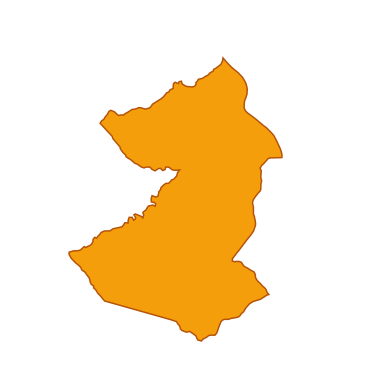 Paranaiguara, Goiás, Brazil, rotated 294°
{"feature_id": "56859067B61489046930449", "entity_name": "Paranaiguara", "entity_type": "district", "adm_level": 2, "iso_a3": "BRA", "parent_name": "Brazil", "parent_adm1": "Goiás", "projection": "mercator", "projection_center": [-50.615, -18.805], "detail": "fine", "context": "isolated", "style": "filled", "palette": "amber", "viewbox_px": 384, "rotation_deg": 294, "n_neighbors": 0, "source": "geoboundaries", "source_scale": "gbopen_adm2", "svg_char_len": 3535}
<svg xmlns="http://www.w3.org/2000/svg" viewBox="0 0 384 384"><g transform="rotate(294 192 192)"><path d="M327.1,165.8L324.3,166.6L320.4,166.5L314.8,163.5L312.9,161.9L311.2,162.2L308.3,160.1L305.0,158.9L302.5,156.8L301.0,156.0L299.7,154.9L297.5,151.9L295.8,151.9L293.6,151.1L292.0,151.9L289.7,151.4L288.1,149.6L286.1,143.7L286.7,139.1L288.9,137.2L287.5,135.4L285.5,135.4L285.4,131.9L283.4,131.0L278.9,132.6L276.1,130.2L274.0,130.2L272.3,128.5L269.3,127.8L267.0,127.1L264.4,125.7L256.1,120.2L252.9,119.7L251.4,118.8L248.8,115.8L248.0,110.3L247.2,108.8L245.1,107.0L243.0,103.7L237.9,100.3L236.3,98.9L234.5,98.3L233.5,95.7L232.1,94.0L232.6,91.5L233.7,88.8L233.6,84.6L232.0,83.4L228.0,83.0L225.5,82.2L222.6,81.9L220.5,80.6L217.4,80.1L210.3,96.6L208.6,98.0L203.8,108.0L202.5,108.8L201.2,110.9L199.9,113.0L198.9,116.1L197.3,117.7L196.5,123.1L195.0,128.3L195.2,130.3L194.8,132.7L194.2,135.5L194.5,138.4L196.2,140.1L197.6,143.5L196.4,146.2L196.3,149.6L199.7,151.8L200.8,153.4L199.7,156.6L201.6,158.3L204.0,157.8L205.2,160.2L204.8,162.9L204.2,164.8L204.9,167.7L205.8,169.3L207.2,171.8L204.2,170.9L202.4,171.2L200.1,171.4L196.3,170.1L194.6,168.4L192.8,168.0L190.4,167.1L189.4,164.8L187.4,163.5L183.6,161.9L181.4,162.3L178.9,161.6L174.5,162.6L172.7,161.1L172.4,157.0L169.3,157.4L166.4,158.9L167.1,162.0L166.3,163.8L163.9,164.0L164.2,161.6L161.5,157.9L158.9,157.4L157.0,157.3L155.0,156.1L153.1,155.5L151.3,157.3L148.3,157.6L149.1,155.7L149.0,152.5L148.9,149.2L147.6,148.2L145.6,151.0L143.9,151.1L142.5,150.2L144.5,147.7L143.3,144.9L140.2,145.2L137.7,146.2L136.7,143.2L134.0,142.8L131.8,142.3L129.5,139.2L126.4,135.0L124.7,133.7L123.2,133.0L122.2,130.9L120.8,127.8L118.0,125.4L116.3,125.1L113.5,124.1L111.1,123.7L111.1,121.6L108.6,120.9L106.2,121.7L103.7,121.5L101.5,120.5L100.4,119.3L98.1,117.5L98.3,115.7L96.2,114.8L93.7,113.7L92.3,112.1L90.9,109.8L90.4,108.2L87.1,104.2L84.9,105.2L82.3,108.6L79.9,114.6L78.6,119.4L77.7,121.1L75.9,123.2L75.2,127.0L73.5,129.6L71.6,133.2L68.5,135.5L66.7,137.5L66.2,140.3L64.4,141.1L63.6,143.6L61.0,147.5L60.1,150.0L58.4,153.4L56.9,156.5L66.7,224.3L67.3,230.7L66.1,232.1L64.3,235.5L62.2,237.1L61.4,239.3L61.7,243.9L63.7,246.7L62.2,254.1L60.5,255.8L59.2,257.4L59.7,261.2L62.1,261.9L65.0,264.2L67.8,265.8L69.2,268.0L70.5,271.2L73.4,272.0L79.8,271.4L85.5,271.2L87.3,272.0L88.8,273.3L90.5,277.1L92.4,279.1L95.5,283.7L96.9,285.4L98.7,286.2L100.8,286.5L103.4,287.8L108.2,288.4L113.5,290.1L116.9,292.5L122.0,298.3L128.3,302.4L129.6,303.9L130.9,301.3L132.6,299.8L133.8,297.9L134.3,296.3L134.9,294.3L136.1,291.9L137.1,288.9L138.5,286.3L140.1,284.5L142.4,283.4L144.2,281.2L144.4,278.0L144.7,275.9L145.1,273.7L145.1,271.5L145.5,269.5L146.5,267.7L147.9,265.7L147.7,263.4L146.9,261.2L145.6,259.3L145.4,256.8L147.6,256.1L151.1,256.9L152.7,257.4L154.5,257.6L156.8,258.4L158.6,258.8L161.0,259.4L163.4,259.9L165.4,260.4L167.5,260.9L169.1,261.2L175.8,263.0L178.7,263.6L181.3,264.1L184.6,263.8L187.2,263.6L189.0,262.9L190.6,262.0L195.2,258.8L196.8,257.1L203.1,254.3L204.6,253.1L207.2,251.5L208.9,251.2L211.7,251.4L217.3,252.7L220.6,253.8L222.2,253.8L227.4,251.7L230.7,251.0L233.5,248.8L239.7,246.6L241.4,244.5L245.2,245.0L246.8,245.9L253.6,248.0L255.0,249.7L260.0,260.1L262.8,259.0L266.8,255.7L272.9,248.8L276.5,244.3L277.8,241.9L280.9,234.1L281.8,230.0L284.4,221.2L286.8,210.8L287.6,208.3L289.0,206.5L290.2,205.3L294.3,203.7L297.0,202.9L299.6,202.9L303.8,202.4L308.3,200.7L310.3,199.4L312.5,197.6L314.2,195.9L317.2,191.7L319.7,185.8L322.1,177.2L324.8,170.6L327.1,165.8Z" fill="#f59e0b" stroke="#b45309" stroke-width="1.5"/></g></svg>